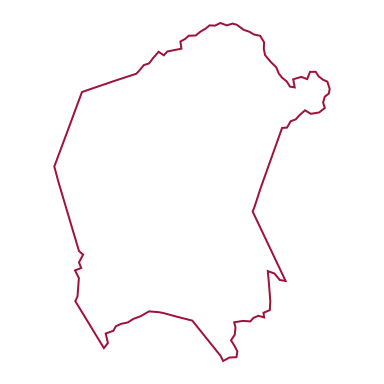 Aliança, Pernambuco, Brazil (orthographic projection)
{"feature_id": "56859067B36820916945585", "entity_name": "Aliança", "entity_type": "district", "adm_level": 2, "iso_a3": "BRA", "parent_name": "Brazil", "parent_adm1": "Pernambuco", "projection": "orthographic", "projection_center": [-35.173, -7.607], "detail": "fine", "context": "isolated", "style": "outline", "palette": "rose", "viewbox_px": 384, "rotation_deg": 0, "n_neighbors": 0, "source": "geoboundaries", "source_scale": "gbopen_adm2", "svg_char_len": 1441}
<svg xmlns="http://www.w3.org/2000/svg" viewBox="0 0 384 384"><path d="M236.9,24.8L232.5,23.6L226.8,25.4L220.4,23.0L215.0,25.6L209.5,25.4L205.7,28.6L200.6,31.5L195.7,35.5L188.8,35.7L185.1,39.0L180.4,41.5L181.4,48.7L174.7,50.0L167.3,51.5L163.8,55.3L158.6,51.8L153.4,57.7L149.1,63.4L143.8,65.1L139.9,69.9L136.4,73.7L113.5,81.2L82.0,92.0L78.0,102.7L68.9,127.4L54.3,166.5L58.5,182.2L79.0,251.1L83.1,254.6L79.0,262.3L81.2,268.0L75.0,270.4L78.9,278.0L78.2,287.0L77.5,296.5L75.3,301.2L89.8,324.9L92.9,330.1L103.9,348.1L107.9,343.0L105.7,333.5L113.3,330.8L115.8,326.3L120.9,323.9L127.9,322.4L133.3,318.9L140.5,316.3L149.0,311.4L159.1,312.2L163.6,313.1L177.2,316.8L192.3,320.6L220.6,355.9L223.1,361.0L229.5,357.5L236.4,357.2L237.4,351.5L234.4,345.7L231.0,340.3L234.7,334.8L235.5,327.6L234.2,322.3L242.9,320.9L250.3,321.4L253.4,317.9L258.3,315.8L264.1,317.4L263.5,312.8L269.8,310.1L270.3,301.2L268.9,283.0L267.8,271.1L274.4,273.5L279.8,280.0L285.6,281.0L252.7,211.6L254.7,206.3L260.7,187.9L282.1,127.9L287.0,127.6L290.7,121.2L295.7,119.4L299.3,115.4L305.0,110.3L310.8,113.8L319.1,112.5L324.8,108.0L323.1,102.5L324.8,96.6L328.8,93.6L329.7,88.8L327.3,81.6L323.1,79.8L318.7,76.4L315.7,71.8L310.0,71.9L307.2,79.1L301.3,76.9L293.2,79.3L294.7,87.4L290.0,86.6L286.7,81.4L282.3,77.9L278.8,73.6L276.3,67.4L270.7,61.9L265.1,55.2L263.8,48.9L264.1,42.3L260.2,35.8L253.9,34.5L249.5,31.8L243.6,29.8L236.9,24.8Z" fill="none" stroke="#9f1239" stroke-width="2"/></svg>